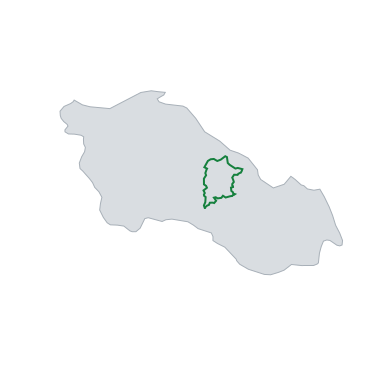 Tiranë, Tiranë, Albania (highlighted), rotated 123°
{"feature_id": "67620474B90997304428465", "entity_name": "Tiranë", "entity_type": "district", "adm_level": 2, "iso_a3": "ALB", "parent_name": "Albania", "parent_adm1": "Tiranë", "projection": "natural_earth1", "projection_center": [19.888, 41.311], "detail": "fine", "context": "in_parent", "style": "outline", "palette": "green", "viewbox_px": 384, "rotation_deg": 123, "n_neighbors": 0, "source": "geoboundaries", "source_scale": "gbopen_adm2", "svg_char_len": 2482}
<svg xmlns="http://www.w3.org/2000/svg" viewBox="0 0 384 384"><g transform="rotate(123 192 192)"><path d="M125.0,117.6L125.3,112.4L126.6,104.3L125.8,101.6L126.6,96.9L124.1,90.7L120.0,86.3L124.0,78.4L129.8,68.8L135.2,61.2L141.7,53.4L146.0,45.8L150.7,39.3L154.7,37.3L156.7,38.7L157.7,41.5L157.5,49.9L158.8,52.8L161.6,55.0L167.4,53.9L173.9,51.8L182.6,47.4L184.1,47.7L187.4,50.0L194.1,60.2L198.6,69.1L207.4,72.2L212.3,75.7L218.6,81.0L221.7,86.4L226.1,102.7L226.6,112.6L225.3,117.1L224.3,118.3L220.4,134.4L221.3,142.6L221.3,148.0L218.0,150.1L215.8,153.5L219.4,166.9L219.0,172.6L219.2,179.2L225.7,194.1L229.5,198.8L233.0,201.0L237.4,214.7L240.0,217.1L250.6,215.8L255.8,217.4L257.9,220.6L258.4,222.9L257.7,230.6L260.4,236.5L264.0,242.6L264.0,246.4L261.6,252.5L257.4,259.6L251.7,262.4L245.5,264.7L242.5,270.2L241.1,276.1L238.3,280.5L236.6,285.3L233.9,295.1L233.3,298.7L229.1,302.3L222.6,303.7L216.7,304.0L212.7,305.7L210.7,309.0L207.0,311.7L204.7,312.9L204.8,315.9L207.5,322.1L210.6,327.2L210.7,331.3L209.1,332.4L204.3,331.9L203.3,333.4L202.8,337.9L201.5,341.8L199.6,344.1L196.1,346.7L189.9,345.9L184.0,342.0L180.9,340.8L179.1,340.9L178.6,331.4L176.1,324.0L166.8,306.3L136.4,289.1L129.3,281.3L126.2,274.8L123.0,268.7L126.0,268.5L129.0,270.1L132.8,271.9L134.3,268.8L132.7,262.1L124.9,246.4L124.4,242.1L128.2,229.0L134.6,214.2L134.2,196.4L136.2,182.9L134.0,174.2L133.0,163.4L137.7,149.2L141.7,145.7L144.1,141.2L144.3,126.0L135.3,118.9L125.0,117.6Z" fill="#d9dde1" stroke="#a8b0b8" stroke-width="1"/><path d="M170.4,154.8L170.8,156.6L169.9,157.6L169.7,159.5L169.1,160.1L167.1,161.7L165.5,160.3L164.8,160.8L164.6,161.8L163.4,162.6L160.8,162.4L160.2,163.1L159.3,164.2L158.0,166.1L154.6,166.1L153.5,164.3L152.8,163.1L151.5,163.1L150.9,162.7L150.2,162.4L149.2,161.6L147.5,161.7L145.4,162.2L146.9,166.7L148.7,168.4L148.7,175.3L148.2,177.8L143.7,181.7L143.9,183.6L149.2,185.5L152.2,187.7L152.3,189.1L152.4,191.7L154.4,194.2L157.3,195.6L164.5,195.1L164.2,192.1L165.3,192.0L168.9,191.1L170.3,189.3L174.3,189.3L179.1,186.1L179.2,183.5L180.3,181.8L181.6,182.2L184.4,183.2L185.9,180.7L187.7,180.6L188.6,179.7L188.8,177.8L193.3,175.3L196.8,174.7L198.9,172.0L197.6,172.6L195.1,171.9L193.7,170.8L191.3,171.2L190.2,169.7L189.5,168.5L189.2,167.4L186.2,167.0L184.8,170.5L183.5,169.3L183.4,167.0L180.9,164.2L178.3,164.0L178.3,160.8L174.8,157.7L173.9,156.7L173.6,156.3L173.4,156.1L173.0,156.1L172.4,156.0L171.7,155.4L171.3,155.2L171.1,155.1L170.4,154.8Z" fill="none" stroke="#15803d" stroke-width="2"/></g></svg>